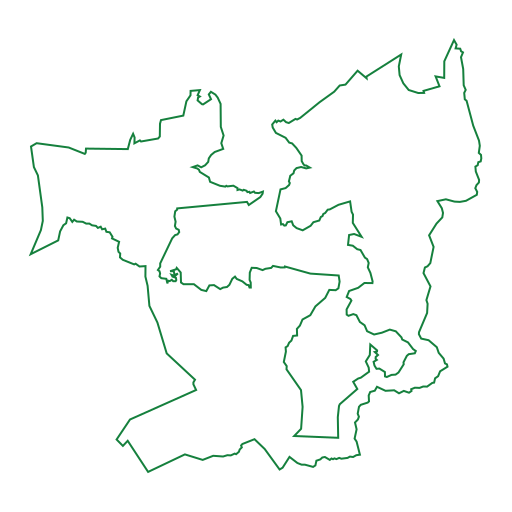 outline of Xalpatláhuac, Guerrero, Mexico
{"feature_id": "50627088B26783383987854", "entity_name": "Xalpatláhuac", "entity_type": "district", "adm_level": 2, "iso_a3": "MEX", "parent_name": "Mexico", "parent_adm1": "Guerrero", "projection": "albers", "projection_center": [-98.537, 17.429], "detail": "fine", "context": "isolated", "style": "outline", "palette": "green", "viewbox_px": 512, "rotation_deg": 0, "n_neighbors": 0, "source": "geoboundaries", "source_scale": "gbopen_adm2", "svg_char_len": 6059}
<svg xmlns="http://www.w3.org/2000/svg" viewBox="0 0 512 512"><path d="M334.4,458.4L336.4,459.1L339.2,457.9L341.4,458.7L347.6,457.9L349.9,456.6L353.1,457.0L356.3,455.2L359.9,454.7L356.6,441.6L354.6,438.6L356.6,429.3L355.0,422.5L357.9,419.5L358.9,416.7L357.7,413.7L359.0,406.8L360.8,404.8L367.7,402.6L369.0,401.4L368.7,395.5L370.2,392.0L374.8,390.7L377.0,386.8L385.5,390.8L394.2,390.3L399.0,393.3L403.8,390.9L409.0,392.7L411.5,391.0L411.2,389.2L414.9,387.7L419.6,387.9L423.2,386.5L427.1,386.6L432.3,382.9L434.1,382.6L435.1,378.3L438.1,376.2L440.1,371.3L447.5,366.7L447.0,364.4L445.0,363.4L443.6,358.6L438.7,352.8L436.8,347.2L428.6,340.2L421.2,338.6L418.9,334.2L419.0,332.2L427.1,313.0L427.6,303.8L426.4,300.1L430.5,286.4L423.5,273.1L424.9,267.5L427.5,266.3L430.3,263.1L433.6,246.9L429.1,235.3L436.5,223.6L442.3,217.4L443.0,212.9L441.8,208.2L437.4,201.1L445.9,199.3L454.5,201.6L459.9,201.9L466.0,200.8L476.8,194.8L477.2,191.9L475.3,188.2L476.5,185.1L478.9,182.5L479.1,179.9L475.8,171.5L475.4,166.6L477.7,165.2L478.3,162.2L480.7,161.4L481.3,158.4L481.0,154.9L478.8,152.9L479.8,145.8L479.0,140.6L473.2,125.6L466.6,100.8L464.8,99.3L464.2,92.9L465.7,89.9L463.7,85.3L463.2,69.0L461.0,57.2L463.0,52.4L461.1,51.3L460.2,48.7L455.6,48.4L456.6,44.7L454.0,40.1L444.3,61.3L444.2,77.9L435.6,76.4L439.5,86.3L423.5,90.9L424.1,92.9L418.2,93.0L408.7,90.0L403.3,83.3L399.6,75.1L398.8,66.4L401.2,54.5L366.4,76.6L366.6,78.3L357.6,70.7L345.5,84.6L339.7,85.5L334.2,91.7L319.6,102.2L300.2,117.9L297.1,119.5L295.5,118.9L288.8,123.0L286.1,122.2L283.4,119.7L280.5,121.5L278.3,120.6L276.6,122.2L275.4,120.6L272.2,124.5L272.7,127.5L275.9,132.9L285.6,137.8L289.2,142.6L292.1,143.4L296.3,147.9L301.6,155.6L301.7,161.1L303.3,164.0L304.5,165.4L306.2,165.5L309.8,167.6L306.2,168.4L301.1,167.0L296.5,168.1L294.2,170.5L293.5,173.3L290.3,175.7L288.9,181.4L289.8,183.0L289.1,185.0L285.6,188.1L280.5,189.4L275.9,211.2L280.3,218.5L281.1,224.5L282.9,224.1L284.3,225.6L285.8,225.4L287.4,222.2L291.7,221.3L293.2,225.3L296.6,228.1L302.7,230.3L310.6,225.8L313.4,222.2L319.3,220.5L320.8,217.0L322.5,216.1L323.3,214.0L325.2,213.0L327.7,209.7L329.8,209.4L338.5,204.8L350.1,201.4L351.6,211.8L353.0,214.6L352.8,222.9L361.6,236.8L354.1,234.0L349.1,235.0L348.0,244.9L352.8,245.7L357.2,249.2L360.5,250.0L364.9,257.6L367.1,259.1L368.7,263.0L367.8,267.3L370.4,272.9L372.6,281.4L372.4,283.1L364.4,283.0L358.2,287.8L349.1,291.0L346.7,297.0L350.4,299.0L351.4,300.6L346.6,309.4L346.7,314.6L348.5,315.8L353.3,314.1L356.4,315.2L359.9,322.0L364.6,325.3L367.1,331.2L374.1,334.5L381.9,332.7L389.8,329.6L395.8,331.3L401.5,337.4L402.2,339.5L408.0,342.4L413.1,349.1L415.8,351.0L414.8,353.3L408.7,354.2L406.8,355.9L403.5,362.3L403.7,364.3L398.5,372.5L395.6,374.6L391.5,374.9L386.8,377.0L385.0,376.4L384.9,372.0L379.4,368.6L376.5,368.8L374.5,365.6L373.6,361.8L376.8,359.9L375.6,358.8L375.7,357.0L378.0,355.0L374.8,352.0L377.0,351.5L377.1,350.4L370.3,344.5L369.8,355.0L365.8,361.4L368.7,367.6L369.1,371.7L360.8,377.7L358.2,378.5L353.2,381.8L357.3,389.0L339.8,404.2L339.0,406.0L337.8,417.2L338.2,437.8L294.2,436.0L301.1,428.8L302.6,406.9L301.0,390.1L286.5,369.3L286.7,366.1L283.8,362.0L285.9,351.6L285.6,347.4L287.6,346.1L289.1,342.7L291.4,340.6L293.1,335.9L297.1,335.5L296.9,328.9L299.9,325.6L302.5,319.5L310.3,315.2L315.4,306.4L325.2,297.9L329.3,289.9L335.7,290.2L338.4,288.3L339.6,281.6L338.7,275.5L310.4,273.6L284.9,266.5L284.7,267.4L280.8,267.5L273.0,265.9L271.2,267.9L265.4,268.8L262.6,270.1L256.7,268.0L251.7,267.8L249.8,272.6L249.6,279.9L250.7,282.5L250.8,287.5L249.5,287.5L248.6,285.1L246.6,284.8L242.4,281.4L236.7,278.9L235.0,276.6L232.3,278.8L229.4,284.8L227.0,287.0L223.1,287.6L220.2,289.1L214.0,285.1L209.4,285.4L206.3,291.1L201.3,289.9L193.9,284.2L183.5,284.2L181.0,282.5L180.7,272.5L176.7,267.9L176.1,269.3L170.1,271.2L173.8,271.2L174.5,275.0L177.9,273.5L175.0,276.0L171.5,274.8L172.5,276.6L175.9,277.8L176.3,280.0L175.6,281.2L173.2,281.2L171.8,279.8L169.7,281.1L168.1,280.7L167.4,283.4L166.3,278.8L161.3,278.2L159.5,276.4L160.1,273.5L159.5,271.2L157.9,270.0L160.2,266.7L160.2,263.4L172.2,238.3L175.1,235.1L177.5,234.4L179.2,232.1L178.7,229.8L176.1,228.5L174.9,226.0L175.6,221.7L174.4,216.6L175.2,211.3L177.1,209.7L177.2,208.4L247.0,201.9L248.8,205.0L260.3,197.1L262.6,193.7L262.9,191.6L258.7,193.1L255.0,192.8L253.9,191.5L250.1,193.0L249.4,191.8L247.4,192.1L246.6,190.8L243.7,189.8L242.7,190.6L239.5,189.4L237.5,190.0L237.5,188.1L233.4,185.7L227.4,186.4L226.3,185.8L225.3,186.6L220.0,185.8L210.1,181.8L208.9,177.5L199.8,171.9L199.0,169.8L197.3,168.5L192.7,167.1L197.6,165.4L201.2,167.3L205.1,165.3L208.2,161.9L208.8,158.4L211.1,155.0L214.7,152.0L223.2,148.9L221.3,143.2L223.6,135.5L220.8,126.9L220.6,103.9L217.7,97.6L215.4,94.6L210.9,91.8L208.8,94.4L211.0,99.2L203.1,104.4L202.0,104.2L197.6,100.4L198.1,97.5L199.8,96.5L197.6,95.2L199.9,90.1L190.6,90.9L190.5,95.3L186.4,101.3L183.3,115.6L161.0,120.1L160.0,123.7L159.8,136.5L158.1,138.5L141.0,141.5L139.9,140.4L134.4,143.3L134.6,137.5L133.1,133.8L130.2,139.9L127.8,149.1L86.0,148.6L85.7,152.7L84.8,153.9L68.7,147.5L36.6,143.2L31.0,146.5L33.9,167.1L37.9,175.4L42.3,207.4L42.8,220.9L40.9,230.1L30.7,254.2L58.2,240.4L60.1,231.4L63.4,225.2L66.1,223.3L67.4,217.5L69.7,218.2L72.3,221.9L74.1,219.7L76.8,221.5L82.7,221.8L86.2,223.6L89.4,223.6L92.0,225.3L96.0,225.9L97.9,227.9L100.7,226.7L102.1,229.3L105.2,228.6L106.4,231.8L109.7,232.3L112.5,236.8L112.0,238.4L119.1,241.8L117.7,247.8L118.5,251.8L120.2,253.5L120.0,257.4L122.8,259.8L134.2,264.4L135.6,263.7L139.5,266.5L145.5,266.1L145.4,276.6L147.6,285.8L149.4,305.9L157.4,322.5L166.7,353.4L195.0,379.7L193.4,382.4L193.4,384.3L196.1,390.0L130.0,419.5L116.6,439.5L122.9,445.9L127.7,440.8L148.1,471.9L184.9,454.4L202.7,459.9L213.2,455.8L223.1,456.5L227.4,455.2L230.8,455.4L234.7,453.6L236.1,454.2L238.9,451.8L239.7,449.5L241.8,447.4L241.1,445.5L242.4,444.0L254.5,439.2L264.7,449.0L279.6,469.5L282.6,467.7L289.5,456.9L297.4,463.0L301.7,464.7L305.0,464.7L313.1,466.9L315.4,465.4L316.4,460.7L320.3,459.4L322.3,457.5L324.9,457.0L329.8,459.9L331.5,458.5L333.0,459.2L334.4,458.4Z" fill="none" stroke="#15803d" stroke-width="2"/></svg>